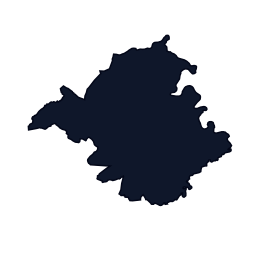 Mexticacán, Jalisco, Mexico, rotated 258°
{"feature_id": "50627088B62341505788280", "entity_name": "Mexticacán", "entity_type": "district", "adm_level": 2, "iso_a3": "MEX", "parent_name": "Mexico", "parent_adm1": "Jalisco", "projection": "natural_earth1", "projection_center": [-102.764, 21.278], "detail": "fine", "context": "isolated", "style": "filled", "palette": "ink", "viewbox_px": 256, "rotation_deg": 258, "n_neighbors": 0, "source": "geoboundaries", "source_scale": "gbopen_adm2", "svg_char_len": 5832}
<svg xmlns="http://www.w3.org/2000/svg" viewBox="0 0 256 256"><g transform="rotate(258 128 128)"><path d="M182.5,73.6L180.5,70.1L176.9,70.2L176.8,70.7L174.9,70.8L174.0,71.9L173.2,72.2L172.5,72.1L171.1,70.2L170.6,69.9L170.1,69.9L169.8,68.9L169.2,68.8L169.0,68.0L168.7,67.7L168.7,66.6L168.3,66.3L168.0,65.4L168.0,65.1L169.0,64.4L168.2,63.5L168.1,62.1L169.1,61.0L169.1,60.8L168.8,60.6L168.8,59.5L169.3,58.6L169.3,58.0L169.2,57.5L167.8,55.1L168.3,53.7L167.3,53.1L167.0,51.6L167.3,51.5L167.0,51.1L166.3,50.9L165.7,50.5L165.6,49.7L165.0,49.2L164.4,47.2L162.7,44.3L160.3,41.7L159.9,41.1L159.9,40.7L159.5,40.2L159.6,39.1L158.7,38.1L158.8,37.2L158.1,36.5L157.2,36.0L156.4,36.1L156.2,36.6L155.7,36.7L153.3,36.0L152.8,35.7L152.6,35.2L152.1,33.1L151.6,32.4L150.7,32.0L150.4,30.9L146.8,30.4L146.6,37.9L146.7,42.0L146.1,42.7L146.0,43.5L144.3,46.2L144.1,46.7L144.6,48.4L145.0,48.4L146.0,50.9L145.9,52.3L146.1,53.1L147.0,53.3L147.5,55.2L147.7,57.5L147.0,58.3L146.3,58.3L143.9,60.5L142.5,61.2L140.4,63.5L139.2,65.8L138.3,66.9L137.7,67.2L137.4,67.0L137.0,67.2L135.9,66.9L135.4,66.6L133.8,68.1L131.9,67.5L131.0,67.4L130.3,67.7L128.6,70.1L127.1,71.3L125.2,73.5L124.3,76.1L124.3,76.8L124.1,76.9L124.7,77.9L125.3,78.2L127.1,78.7L127.1,80.9L124.4,84.0L124.7,84.5L125.8,85.2L126.9,86.7L127.1,87.9L126.5,88.5L124.5,90.3L122.0,91.5L118.9,91.7L117.9,92.2L117.3,92.7L116.4,93.5L115.8,94.5L114.6,94.3L113.0,93.6L112.3,92.9L111.5,91.7L111.4,90.1L109.6,88.1L108.1,85.1L105.7,82.2L104.7,81.8L103.3,81.8L101.7,82.2L101.1,82.9L99.9,83.6L94.5,102.5L93.9,100.9L93.6,100.8L93.3,99.4L92.1,96.8L89.1,90.5L88.4,90.0L87.9,89.9L87.6,88.3L85.7,87.8L85.2,87.3L84.4,87.4L81.5,91.8L80.5,91.6L80.1,92.0L80.3,93.6L80.1,94.1L80.1,96.1L81.1,97.5L81.3,99.1L80.7,100.8L79.8,102.2L79.9,104.8L80.5,108.0L80.0,108.9L80.4,110.1L81.4,111.1L81.2,112.4L82.0,113.4L81.7,113.6L80.8,113.2L75.2,110.4L69.1,108.3L65.4,105.6L64.9,106.2L63.4,107.2L63.1,109.3L63.3,110.3L62.5,110.3L62.6,110.8L61.0,110.8L60.1,114.0L58.7,114.0L56.6,114.8L55.9,117.4L55.1,125.3L56.0,125.4L58.1,126.4L59.6,129.0L56.1,130.3L54.2,130.6L54.0,131.8L50.0,134.5L48.6,135.1L48.1,137.1L49.0,138.6L47.6,140.8L45.9,142.8L45.5,143.7L45.5,144.8L46.2,146.5L47.4,147.4L47.3,148.6L46.6,148.6L46.1,148.2L45.6,148.5L45.5,150.8L46.2,150.6L46.6,150.8L47.0,151.3L47.0,152.1L47.3,152.5L47.2,153.6L47.6,153.9L47.6,154.4L47.0,155.6L46.9,156.4L47.4,157.8L48.3,158.8L47.7,160.2L47.7,160.8L50.7,163.8L51.2,164.4L51.7,165.8L53.0,166.4L53.2,167.3L53.1,167.9L50.7,167.1L50.1,167.1L49.0,167.7L48.7,168.5L49.5,170.2L49.9,170.5L52.2,171.0L54.4,171.1L56.3,172.2L57.0,172.2L57.1,171.9L57.0,170.0L57.2,169.5L57.8,169.4L58.5,169.7L58.7,171.1L57.9,172.2L57.6,173.9L57.1,174.5L55.6,174.8L55.2,175.2L55.2,176.0L56.1,177.8L56.4,178.0L57.4,178.0L58.0,177.6L58.6,176.6L61.2,176.1L61.8,175.3L62.1,175.2L62.1,174.7L62.9,174.2L63.4,174.1L63.9,174.5L63.6,175.3L65.0,176.4L65.4,177.6L67.0,177.6L68.4,178.7L68.6,179.4L68.3,180.6L68.4,181.4L69.5,182.5L69.6,188.2L70.2,190.1L72.1,190.7L74.5,191.9L74.9,195.2L74.6,197.0L75.5,197.4L76.7,197.1L77.2,197.9L78.1,198.6L78.4,200.0L79.2,199.9L79.8,200.4L79.7,201.7L78.0,201.9L77.4,202.6L77.4,203.2L78.1,204.9L77.8,206.7L78.4,207.6L77.8,208.4L77.9,209.0L78.3,209.4L79.3,209.5L80.2,210.0L80.4,210.4L80.7,213.2L82.6,214.5L82.7,215.0L82.4,215.4L82.3,216.1L83.6,217.7L83.6,222.4L84.1,223.8L85.0,224.3L85.9,224.2L85.6,222.4L85.9,221.7L86.3,221.4L86.9,222.1L87.5,224.0L89.3,225.6L92.1,224.6L94.4,223.1L96.1,222.7L97.0,222.9L97.5,223.2L98.9,225.3L99.9,225.2L101.1,224.6L102.3,223.2L103.6,222.4L104.5,220.4L104.8,218.7L104.6,213.8L104.8,212.7L105.4,211.5L106.0,211.1L106.8,211.0L109.7,211.8L110.7,212.8L112.5,212.9L113.9,212.5L115.4,212.5L116.1,212.0L116.9,210.7L117.2,208.8L116.6,207.4L114.7,206.4L113.4,206.9L112.5,206.7L111.6,205.7L111.1,204.8L111.0,203.1L111.2,202.0L112.2,200.8L113.7,200.0L116.3,199.7L117.7,199.7L119.7,199.1L122.5,198.9L123.5,199.2L125.0,200.3L125.8,201.6L127.2,202.8L127.7,204.4L129.4,205.1L129.6,205.6L129.1,207.3L129.1,208.2L129.8,209.0L130.9,209.1L131.5,208.9L132.8,207.7L133.2,206.5L133.3,203.3L132.7,199.9L133.0,198.3L133.4,197.4L134.1,196.8L134.9,196.8L135.8,197.4L138.7,200.8L140.5,203.7L141.3,204.6L143.3,205.3L144.5,205.3L145.3,204.9L148.1,202.2L149.1,201.5L151.2,200.7L153.5,200.2L154.5,199.7L155.5,198.9L156.5,197.3L156.7,195.2L156.3,193.0L155.5,191.7L152.3,188.8L150.8,188.3L149.4,187.3L148.8,186.2L148.5,184.8L149.2,181.5L150.6,177.8L151.1,176.8L151.6,176.4L152.2,176.3L153.3,177.1L153.5,178.3L153.3,180.9L153.9,182.4L155.0,183.5L156.9,184.1L158.6,183.5L160.2,183.7L160.8,184.1L165.2,188.5L168.5,189.7L170.5,191.0L171.5,191.1L172.2,191.6L173.3,193.5L173.8,195.0L174.0,196.1L173.6,197.6L172.9,199.2L169.5,201.1L167.7,202.3L167.5,202.9L167.5,204.2L168.0,205.5L168.3,205.8L169.9,205.8L171.7,207.0L173.6,207.7L174.3,207.6L175.1,206.4L175.4,205.2L175.4,203.2L175.9,202.4L176.8,201.7L178.4,201.3L181.1,199.3L182.9,197.2L185.8,191.7L187.3,190.6L188.8,190.1L190.7,188.6L192.3,186.2L193.7,185.2L194.0,183.5L194.7,182.9L195.0,182.2L199.2,182.7L201.3,181.5L202.4,181.3L202.9,181.5L203.6,183.0L204.6,183.4L205.5,184.1L206.4,186.7L208.4,187.1L209.4,187.0L210.2,186.5L210.5,185.6L210.5,184.4L209.8,183.7L208.8,181.9L207.2,180.4L206.2,179.1L205.8,178.0L205.6,175.2L206.1,172.1L205.9,171.0L205.0,169.6L201.9,168.0L201.3,166.9L201.2,166.2L201.2,165.4L202.0,163.6L201.6,160.8L201.9,158.7L202.6,156.2L202.3,153.2L202.4,152.8L203.0,152.3L204.1,152.2L204.8,150.3L205.0,148.4L203.9,145.2L203.1,143.7L201.8,140.1L201.5,138.5L201.6,137.8L201.2,136.7L201.1,135.6L201.2,134.4L202.4,132.0L203.2,129.3L200.6,128.2L198.7,127.0L197.0,126.8L189.7,122.2L188.5,116.5L189.6,112.4L186.8,112.7L181.6,105.1L175.8,98.3L174.4,96.2L171.1,94.6L168.3,92.6L164.7,91.5L168.3,85.8L172.0,83.2L172.3,82.5L173.6,82.1L173.9,81.3L175.1,81.1L178.2,78.4L179.2,77.5L179.9,76.2L182.5,73.6Z" fill="#0f172a" stroke="#020617" stroke-width="1.5"/></g></svg>